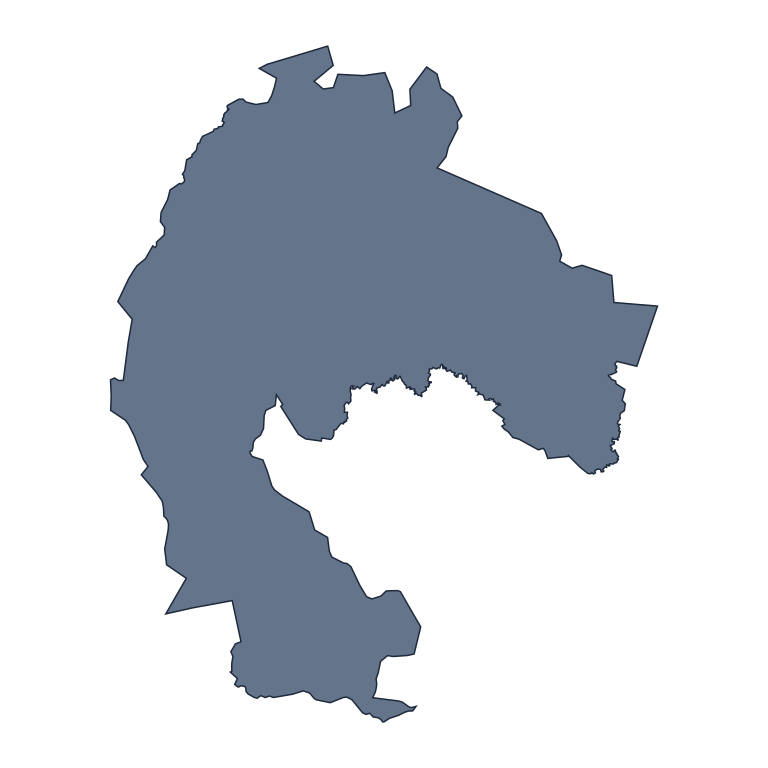 the district of Naukšēnu pag., Nauksenu, Latvia
{"feature_id": "27541924B92408320132351", "entity_name": "Naukšēnu pag.", "entity_type": "district", "adm_level": 2, "iso_a3": "LVA", "parent_name": "Latvia", "parent_adm1": "Nauksenu", "projection": "mercator", "projection_center": [25.545, 57.88], "detail": "fine", "context": "isolated", "style": "filled", "palette": "slate", "viewbox_px": 768, "rotation_deg": 0, "n_neighbors": 0, "source": "geoboundaries", "source_scale": "gbopen_adm2", "svg_char_len": 6111}
<svg xmlns="http://www.w3.org/2000/svg" viewBox="0 0 768 768"><path d="M657.5,306.1L613.9,302.5L611.7,275.5L582.1,265.3L572.1,268.2L559.7,261.2L561.6,255.0L556.8,241.1L541.5,213.5L437.1,167.9L446.0,156.7L448.3,147.3L457.8,128.2L457.3,121.7L461.9,115.9L452.8,97.1L440.9,88.3L437.0,74.0L426.6,67.0L409.9,89.2L410.7,105.5L394.8,113.0L392.2,90.9L384.8,72.6L363.4,75.6L337.9,74.3L333.4,87.6L323.2,89.0L314.1,81.3L333.2,65.4L327.7,46.1L267.1,64.3L259.2,68.4L276.5,78.2L274.7,86.1L271.7,95.6L267.9,102.5L256.0,104.5L246.0,102.1L243.0,99.1L238.9,99.2L227.7,105.3L227.0,106.3L227.6,108.3L228.9,109.0L228.8,109.8L227.5,109.9L227.1,110.3L227.2,111.4L224.8,113.0L223.6,115.2L223.9,116.4L222.5,118.8L222.7,120.3L222.1,121.0L224.3,122.5L222.6,125.1L222.6,126.2L218.4,126.9L217.8,128.4L214.2,129.2L213.2,131.4L202.5,136.4L200.3,140.6L200.0,142.5L197.8,143.7L196.3,150.4L192.0,154.7L191.9,156.8L186.6,159.8L184.8,170.7L182.4,174.3L184.0,176.0L183.6,177.4L184.6,179.4L184.4,181.6L181.5,183.9L179.5,183.5L170.1,189.9L167.6,199.6L161.1,212.5L160.4,221.6L164.6,227.3L164.2,234.9L156.5,242.2L156.6,245.4L155.2,247.6L152.8,245.9L145.4,258.8L137.2,265.5L134.9,268.7L128.8,278.4L117.8,301.6L132.2,319.3L128.3,341.8L123.3,380.4L118.6,380.5L114.5,378.0L110.5,379.8L111.2,395.6L110.7,410.4L125.4,420.3L128.7,424.7L134.6,436.6L143.3,459.4L148.0,466.5L141.3,474.8L156.2,492.2L162.2,501.1L163.4,507.1L163.9,516.2L166.4,518.6L167.7,520.9L168.5,524.3L168.2,530.0L164.7,548.9L166.6,564.8L186.3,578.3L165.8,613.9L191.9,608.0L232.2,600.6L241.0,641.7L235.4,643.9L230.9,651.7L232.9,656.5L231.7,664.1L231.8,671.4L230.3,672.1L237.4,678.6L234.6,684.4L237.1,686.4L238.4,687.1L240.9,685.7L244.9,686.5L245.8,688.1L246.1,691.5L248.0,693.9L254.1,697.4L257.3,698.2L260.8,695.6L265.3,697.5L269.5,696.0L273.4,697.5L292.7,694.2L303.1,690.9L309.6,693.0L314.3,698.6L316.2,699.8L330.2,702.7L343.3,697.5L346.7,697.1L351.9,699.7L362.5,712.7L365.9,714.4L369.8,713.3L373.2,717.0L378.0,717.7L380.8,719.4L382.6,721.9L384.0,721.9L389.5,718.3L398.4,715.4L404.4,712.4L408.2,711.1L412.7,710.9L416.0,706.4L411.6,707.6L408.8,706.8L402.3,702.1L398.7,701.0L372.7,697.7L375.3,692.1L376.3,687.8L376.7,683.6L376.1,678.9L378.2,672.8L380.6,661.3L387.6,655.6L393.0,656.5L407.3,655.5L414.1,654.0L420.7,626.9L400.4,591.7L397.5,590.6L386.3,590.9L380.7,596.2L371.9,598.9L366.6,596.7L359.9,585.5L350.9,566.6L346.9,563.5L343.5,563.0L331.9,557.1L329.3,551.1L327.6,537.5L314.7,530.0L309.1,511.8L282.5,496.1L274.4,489.8L271.9,486.1L267.1,470.7L262.9,460.0L252.2,456.5L249.8,452.4L250.4,450.9L251.8,451.1L252.9,447.8L253.3,442.5L255.3,439.0L260.4,435.3L263.5,428.7L264.2,415.5L265.8,410.4L275.2,405.6L276.4,394.7L282.7,404.4L280.8,406.5L298.5,434.4L305.6,438.9L321.3,441.1L321.8,438.0L330.4,439.4L332.1,438.3L333.5,435.8L334.1,430.0L336.2,429.5L340.8,423.4L343.5,423.8L343.8,422.5L344.6,422.3L344.2,421.7L346.1,421.3L346.6,420.7L346.2,419.7L347.8,418.1L347.0,415.8L347.5,412.3L344.3,412.2L344.7,408.4L344.1,405.6L346.2,402.3L347.7,402.6L348.6,403.8L350.9,401.1L350.6,397.3L351.1,394.8L350.3,391.4L350.3,388.3L350.9,386.5L351.9,385.8L353.8,386.1L351.8,388.6L352.6,389.0L355.0,389.0L357.2,386.5L359.9,388.7L361.5,386.4L366.5,383.0L371.1,384.6L372.2,383.6L373.8,383.5L371.5,389.1L372.0,390.9L375.6,390.3L375.6,391.5L374.7,392.1L376.8,393.3L377.2,392.3L376.5,389.0L377.2,387.9L380.2,387.0L382.0,384.5L383.5,385.9L384.8,386.0L386.9,381.8L388.0,383.1L388.8,383.0L389.0,382.1L388.5,380.8L390.8,379.9L390.5,378.1L391.7,378.6L392.2,380.7L392.9,380.9L394.5,379.6L394.7,379.0L394.2,378.5L394.9,378.0L394.0,377.2L395.0,375.5L395.9,375.3L396.4,378.3L397.1,378.9L398.3,378.6L399.5,376.4L400.3,376.4L402.4,381.3L403.7,382.4L404.7,384.3L406.3,385.4L406.4,388.1L410.2,386.9L410.8,387.8L409.8,388.7L410.1,389.3L414.3,388.9L414.9,389.8L414.0,390.8L415.6,391.8L414.5,393.3L414.6,394.3L416.6,393.4L418.1,395.3L420.2,395.4L421.5,396.5L422.0,395.9L421.3,394.0L421.6,392.9L426.4,390.2L426.3,388.5L425.5,387.0L428.5,386.9L428.5,385.7L429.4,385.0L428.7,383.7L431.3,382.5L431.1,381.8L428.6,381.8L428.0,380.6L428.4,377.9L430.5,374.9L430.4,374.1L428.4,373.1L429.5,371.3L429.3,369.1L432.0,368.8L433.1,367.4L436.2,368.9L438.3,367.8L439.8,368.0L440.6,365.4L441.7,364.3L443.0,365.3L442.5,366.1L443.1,368.6L443.9,368.4L443.6,367.3L444.4,366.9L444.9,368.4L445.9,367.7L446.5,368.6L445.8,369.5L447.0,371.3L450.6,370.1L451.6,372.0L454.9,372.7L455.1,373.3L454.2,373.9L454.3,375.3L456.5,377.1L457.8,376.8L456.6,375.9L458.0,375.4L458.5,374.2L461.7,373.5L463.2,375.8L462.3,377.3L462.6,378.3L463.9,378.8L465.3,376.0L466.5,375.4L467.2,379.3L466.1,381.2L467.9,381.6L468.3,384.0L470.5,383.9L471.9,386.1L471.6,387.8L475.6,387.7L475.5,391.0L478.8,392.4L477.8,394.7L479.5,394.0L483.2,395.1L485.0,399.9L489.3,400.1L488.8,399.5L489.0,398.7L490.6,398.5L491.9,399.9L493.1,398.8L494.2,400.8L493.6,401.5L495.6,402.3L496.1,404.4L497.0,403.8L498.0,404.4L498.2,402.9L500.0,403.9L500.4,404.9L498.9,404.9L492.9,410.4L504.3,418.9L502.8,420.6L504.9,424.4L501.8,426.2L504.2,429.1L508.3,431.9L513.0,437.6L519.0,439.2L538.3,449.8L543.4,448.3L545.2,451.2L547.8,458.4L568.1,456.4L568.4,455.6L580.0,467.1L587.9,473.5L590.8,473.7L591.8,472.5L593.5,474.0L595.4,472.9L594.9,470.7L597.5,469.0L600.5,469.4L601.2,471.9L603.3,471.7L603.8,471.1L602.9,470.3L602.9,469.2L605.1,467.0L606.6,467.4L606.6,464.9L609.1,466.0L609.7,465.6L608.8,464.8L609.5,463.9L613.4,464.0L613.8,463.3L616.4,462.6L618.1,459.9L618.4,459.1L617.4,458.9L618.5,456.3L617.2,455.0L616.6,453.0L615.7,452.7L615.4,450.3L614.6,450.1L613.6,451.6L611.9,451.1L610.8,449.4L612.1,448.9L611.8,448.0L610.2,445.7L614.2,443.8L614.4,441.8L612.6,441.9L611.9,441.1L612.6,438.2L613.5,439.5L616.7,439.1L617.7,440.1L618.3,439.8L617.5,438.0L619.2,436.8L618.7,436.2L620.3,431.4L618.7,430.9L619.6,428.5L618.3,426.3L620.0,424.5L618.0,424.2L617.5,423.7L617.6,422.2L620.3,418.4L619.8,415.8L620.5,413.3L624.3,410.7L625.3,403.7L622.2,400.3L624.9,389.5L616.1,383.8L615.6,381.0L611.0,379.1L610.6,377.6L608.5,376.2L608.4,375.1L611.4,374.5L616.5,372.1L616.7,371.6L615.4,369.9L616.8,367.8L616.0,366.9L616.6,366.0L615.1,365.2L615.0,363.6L616.9,361.4L636.8,366.3L657.5,306.1Z" fill="#64748b" stroke="#1e293b" stroke-width="1.5"/></svg>